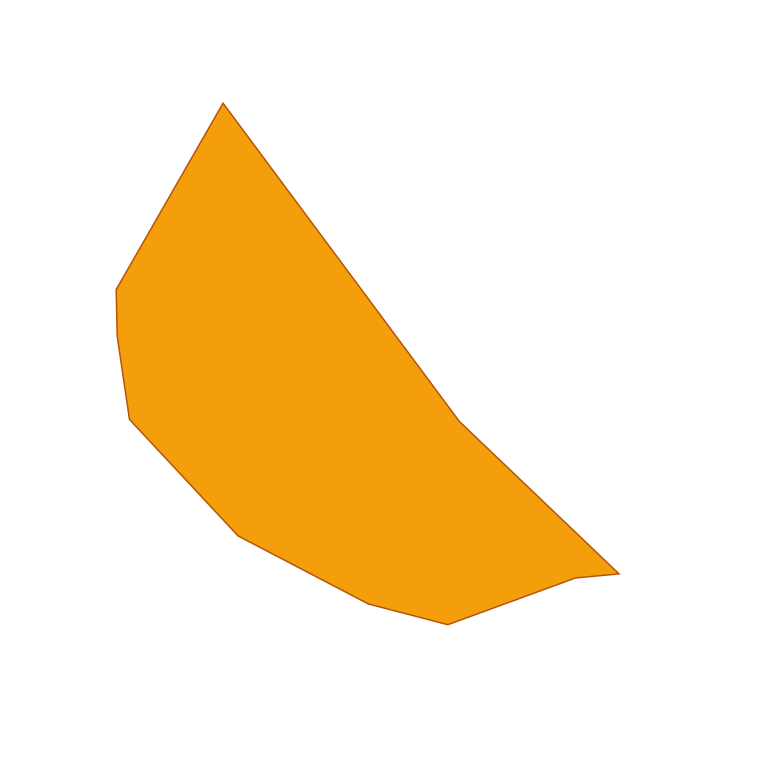 the border of Port of Spain, rotated 199°
{"feature_id": "TTO-64", "entity_name": "Port of Spain", "entity_type": "City", "adm_level": 1, "iso_a3": "TTO", "parent_name": "Trinidad and Tobago", "parent_adm1": "", "projection": "orthographic", "projection_center": [-61.515, 10.657], "detail": "fine", "context": "isolated", "style": "filled", "palette": "amber", "viewbox_px": 768, "rotation_deg": 199, "n_neighbors": 0, "source": "natural_earth", "source_scale": "10m", "svg_char_len": 303}
<svg xmlns="http://www.w3.org/2000/svg" viewBox="0 0 768 768"><g transform="rotate(199 384 384)"><path d="M627.6,597.1L300.5,373.1L100.0,281.0L139.9,262.9L245.3,177.2L327.1,170.9L472.4,192.8L613.1,267.6L651.9,342.5L668.0,386.1L627.6,597.1Z" fill="#f59e0b" stroke="#b45309" stroke-width="1.5"/></g></svg>